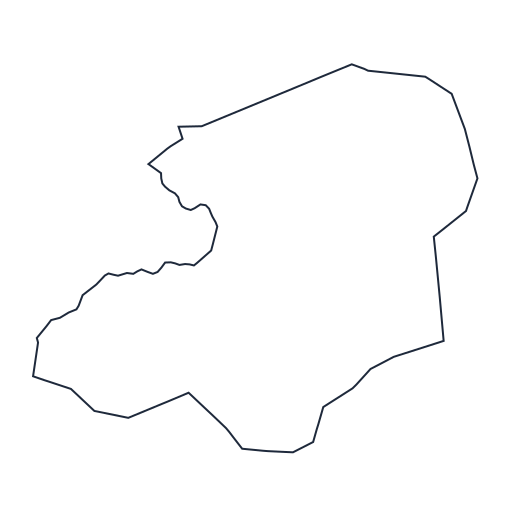 the district of Conceição do Canindé, Piauí, Brazil, rotated 182°
{"feature_id": "56859067B81135579858436", "entity_name": "Conceição do Canindé", "entity_type": "district", "adm_level": 2, "iso_a3": "BRA", "parent_name": "Brazil", "parent_adm1": "Piauí", "projection": "mercator", "projection_center": [-41.54, -7.918], "detail": "fine", "context": "isolated", "style": "outline", "palette": "slate", "viewbox_px": 512, "rotation_deg": 182, "n_neighbors": 0, "source": "geoboundaries", "source_scale": "gbopen_adm2", "svg_char_len": 1502}
<svg xmlns="http://www.w3.org/2000/svg" viewBox="0 0 512 512"><g transform="rotate(182 256 256)"><path d="M93.1,441.1L128.8,443.6L150.5,445.1L154.1,446.7L167.0,450.9L189.2,440.9L197.4,437.2L220.6,426.6L314.8,383.8L337.9,382.5L333.5,370.6L344.9,362.9L348.4,360.2L366.7,344.1L353.8,335.5L353.4,330.2L352.1,325.2L349.3,322.1L344.9,318.6L339.2,315.8L335.8,312.1L334.4,307.4L331.7,303.1L327.8,301.0L322.8,299.7L319.0,301.6L313.3,305.6L308.0,305.0L304.5,301.6L302.8,297.7L301.0,293.9L297.6,288.4L295.7,284.1L299.5,266.5L301.0,259.9L314.8,246.9L317.7,244.4L322.1,245.3L326.6,245.5L332.2,244.4L336.5,245.8L340.9,246.7L346.6,246.3L350.2,241.0L353.8,236.6L358.4,234.6L363.7,236.3L370.0,238.6L374.1,236.5L378.0,233.9L384.4,234.5L393.2,231.5L397.7,232.3L402.8,233.4L406.4,231.2L411.2,225.7L414.6,221.9L427.9,210.8L431.5,200.1L433.6,196.4L441.2,193.0L449.8,187.4L454.8,185.9L458.5,184.8L462.9,178.6L472.2,166.4L470.8,161.9L474.6,128.0L463.1,124.5L458.5,123.2L436.3,116.7L412.1,95.5L378.0,89.8L345.3,104.7L339.3,107.4L335.2,109.3L318.6,117.0L291.7,93.4L279.9,82.9L276.5,79.1L272.5,74.2L263.1,62.9L242.0,61.6L237.3,61.4L221.7,61.2L212.2,61.1L196.7,69.7L192.4,72.1L189.2,85.1L187.9,89.8L183.5,107.4L154.9,127.1L151.2,131.0L137.6,147.1L127.5,152.8L121.0,156.5L114.9,160.0L111.0,161.4L65.5,177.7L70.9,221.0L75.6,256.8L76.4,262.8L78.5,277.9L79.0,281.6L74.1,285.7L47.7,308.3L46.7,311.7L37.4,341.3L41.6,355.1L46.5,372.6L51.7,390.2L66.1,424.9L89.8,439.2L93.1,441.1Z" fill="none" stroke="#1e293b" stroke-width="2"/></g></svg>